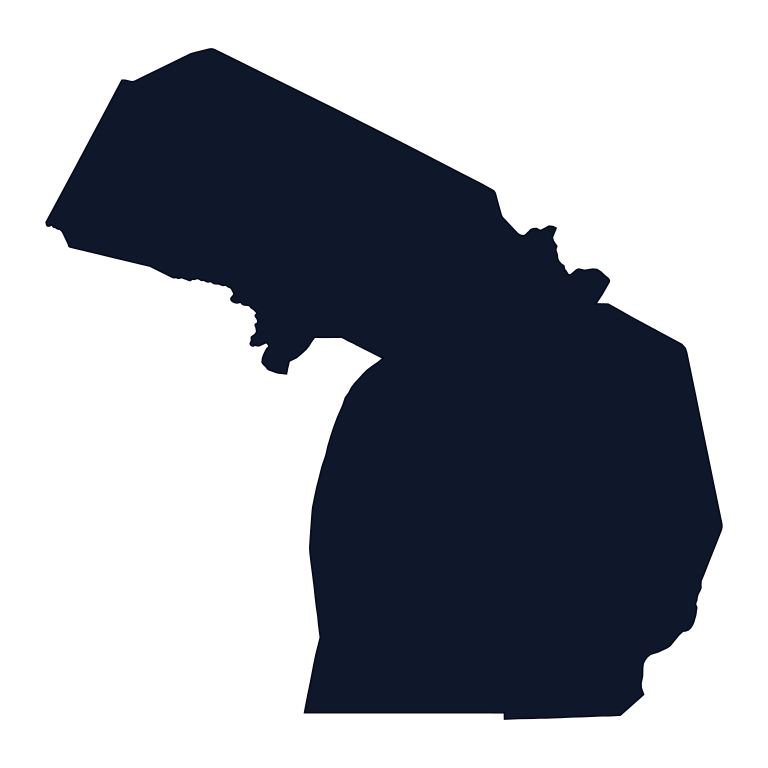 Michigan, Robinson projection
{"feature_id": "USA-3562", "entity_name": "Michigan", "entity_type": "State", "adm_level": 1, "iso_a3": "USA", "parent_name": "United States of America", "parent_adm1": "", "projection": "robinson", "projection_center": [-86.829, 45.001], "detail": "fine", "context": "isolated", "style": "filled", "palette": "ink", "viewbox_px": 768, "rotation_deg": 0, "n_neighbors": 0, "source": "natural_earth", "source_scale": "10m", "svg_char_len": 6040}
<svg xmlns="http://www.w3.org/2000/svg" viewBox="0 0 768 768"><path d="M121.9,80.2L124.9,80.2L130.9,81.6L132.8,81.7L134.6,81.3L142.3,77.5L154.4,71.6L179.6,59.3L190.9,53.8L196.0,52.4L209.7,49.0L212.2,48.9L214.5,49.6L229.5,57.0L259.5,71.9L274.5,79.3L289.5,86.7L304.5,94.1L319.6,101.6L334.6,109.0L343.1,113.3L351.5,117.5L359.9,121.8L368.3,126.0L376.8,130.3L402.1,143.1L412.2,148.3L432.4,158.7L452.6,169.2L462.7,174.4L472.9,179.6L483.0,184.8L484.3,185.6L485.6,186.3L486.9,187.0L488.3,187.8L489.6,188.5L490.9,189.2L492.2,190.0L493.5,190.7L494.8,192.3L495.6,194.4L497.1,200.2L498.7,206.0L501.2,214.9L502.3,217.3L508.8,224.2L517.4,233.3L519.3,234.7L521.3,235.5L523.7,235.7L525.3,235.1L526.4,234.2L527.4,233.0L528.8,231.8L530.8,229.6L533.5,228.7L536.5,228.5L540.4,230.6L545.5,228.1L549.0,226.1L553.1,226.6L556.1,228.1L552.3,237.5L553.3,240.9L554.8,243.4L556.8,246.1L556.2,248.1L555.7,249.5L556.1,251.4L556.8,253.2L557.4,255.9L557.4,257.3L557.6,258.5L558.5,260.9L561.0,263.9L563.9,265.9L564.5,269.5L564.9,269.8L566.0,271.0L567.6,273.8L568.6,274.8L570.0,275.0L571.3,274.4L576.0,270.3L577.3,269.5L578.7,269.1L580.4,269.4L584.6,270.4L592.8,269.1L597.0,269.5L600.9,272.0L605.6,276.4L607.0,277.4L608.5,278.8L609.4,280.4L609.2,281.8L605.7,288.0L602.1,294.3L595.7,303.9L608.1,304.1L618.4,309.8L631.5,317.3L646.3,325.3L681.8,344.4L685.2,348.2L686.6,352.3L695.4,394.9L699.7,416.3L704.1,437.8L708.5,459.2L712.9,480.7L721.7,523.6L721.9,524.7L721.9,527.2L721.3,529.9L718.8,536.3L716.3,542.7L711.2,555.4L708.7,561.7L703.7,574.5L701.1,580.8L700.8,584.3L701.0,587.8L699.7,591.0L697.9,594.3L697.0,597.9L696.8,599.9L695.7,602.9L695.5,604.6L696.5,606.7L696.7,607.4L696.7,608.5L696.3,610.4L695.8,614.7L693.7,622.1L692.5,624.8L690.6,627.8L688.5,629.8L685.8,630.9L682.8,631.2L678.7,635.1L670.2,645.5L667.5,647.5L658.4,651.8L650.4,654.3L647.1,657.0L644.7,660.3L643.2,663.6L642.7,667.7L642.5,676.3L641.0,683.4L641.3,688.1L643.6,694.5L620.3,715.2L608.6,715.8L601.5,715.8L594.4,716.1L588.0,716.4L580.8,716.7L574.2,716.8L567.0,717.1L560.0,717.5L553.0,717.7L546.3,718.0L539.2,718.0L532.2,718.3L525.3,718.4L518.2,718.5L504.5,719.1L504.4,712.8L498.8,712.8L485.9,712.7L472.9,712.7L466.5,712.7L460.0,712.7L447.1,712.7L440.7,712.7L434.2,712.7L421.3,712.7L408.4,712.7L395.4,712.7L389.0,712.7L382.5,712.7L376.1,712.7L369.6,712.7L363.2,712.7L343.8,712.7L330.9,712.7L318.0,712.7L311.5,712.7L305.0,712.7L304.5,712.7L305.9,705.3L307.9,695.0L310.5,682.4L312.5,672.0L314.3,662.7L316.3,653.2L320.3,637.5L318.6,624.1L317.9,616.4L316.4,606.0L315.3,596.6L314.3,586.9L312.7,574.1L311.1,561.9L310.0,552.0L309.8,547.3L310.4,537.6L311.1,527.5L312.0,515.0L312.6,507.9L314.8,496.9L316.9,487.1L319.6,476.7L322.0,466.9L325.9,455.5L327.9,446.6L330.9,436.4L334.2,426.5L337.4,417.8L342.8,405.5L345.4,397.7L349.0,392.7L351.7,387.5L355.2,382.9L360.0,377.8L363.1,374.3L367.1,370.3L373.2,365.7L378.1,362.4L383.2,358.1L380.3,356.8L377.7,355.5L375.3,354.3L372.7,352.9L369.9,351.5L367.3,350.2L364.6,348.9L359.4,346.2L356.7,344.9L354.1,343.4L351.4,342.1L348.3,340.7L343.1,337.8L341.4,337.2L328.4,337.3L319.5,337.3L314.6,337.2L311.4,341.6L308.6,346.1L305.9,349.4L302.2,352.8L296.7,357.5L289.2,361.2L287.5,368.5L286.5,373.9L282.2,373.4L277.7,372.9L273.3,371.4L268.7,369.7L267.3,368.7L267.2,368.3L266.7,367.6L265.9,366.6L264.0,364.9L262.8,363.5L262.2,362.5L262.1,361.8L262.5,358.6L262.8,357.3L264.4,353.3L266.5,349.2L267.1,348.4L268.4,347.2L268.8,346.5L268.8,346.0L268.7,345.5L268.2,344.6L267.5,343.7L267.0,343.1L266.5,342.8L266.0,342.7L265.4,342.9L259.4,345.7L258.9,345.8L258.2,345.8L257.5,345.8L255.7,345.3L255.0,345.3L254.5,345.4L253.5,345.9L252.9,346.0L252.1,345.9L250.9,345.1L250.4,344.5L250.2,343.9L250.3,343.3L251.2,341.1L251.4,340.4L251.5,339.6L251.3,338.4L251.3,337.5L251.5,336.9L251.9,336.6L254.6,334.8L255.0,334.4L255.3,334.0L256.0,333.1L256.4,332.1L256.6,331.5L256.6,331.2L256.6,330.5L256.0,327.4L255.2,325.3L255.3,324.4L255.7,324.0L256.2,323.9L256.8,323.6L257.2,323.3L257.5,322.7L257.7,321.9L257.7,320.6L257.5,319.8L257.3,319.2L255.9,317.2L255.3,316.1L255.3,315.4L255.5,314.9L256.3,314.2L256.7,313.9L256.9,313.3L256.9,313.0L256.8,312.7L256.3,312.1L255.2,311.0L254.2,309.9L253.4,309.2L251.4,308.0L251.0,307.6L250.1,306.4L249.7,306.0L249.3,305.7L248.8,305.4L248.1,305.3L244.6,305.0L243.3,304.7L242.7,304.4L242.3,304.1L241.9,303.7L241.0,302.6L240.7,302.4L240.4,302.3L239.9,302.3L238.2,302.8L237.0,302.9L236.3,302.9L234.9,302.6L233.7,302.1L232.5,301.5L231.9,301.0L231.1,300.0L230.9,299.3L230.9,298.6L231.1,298.1L231.4,297.6L233.2,295.5L233.5,295.0L233.8,294.5L233.9,293.6L233.6,292.8L231.5,288.7L230.9,288.1L230.2,287.6L228.9,287.2L228.4,286.9L226.3,285.5L225.7,285.2L225.0,285.2L223.8,285.4L223.1,285.4L222.4,285.3L221.1,284.9L219.7,284.2L219.0,284.0L218.3,283.9L215.5,283.8L214.1,283.6L213.6,283.4L211.6,282.0L210.9,281.6L210.1,281.5L208.5,281.9L207.8,281.9L207.0,281.8L204.2,280.4L203.6,280.2L203.0,280.3L202.5,280.4L201.8,280.4L201.0,280.2L199.7,279.3L198.8,278.9L198.0,278.6L197.3,278.5L196.7,278.6L196.2,278.7L195.1,279.2L194.6,279.4L193.9,279.3L193.4,279.2L192.7,279.1L192.2,279.2L190.4,280.5L189.7,280.5L188.8,280.3L186.0,279.1L184.2,278.6L183.0,278.0L182.1,277.7L181.4,277.7L180.8,277.7L179.1,278.3L178.4,278.3L177.6,278.2L177.0,277.7L176.4,277.5L175.9,277.5L174.7,277.7L174.0,277.7L173.0,277.6L166.2,274.2L156.7,269.5L151.9,267.1L150.2,266.2L147.3,265.5L146.5,265.3L140.3,263.9L135.5,262.7L123.4,259.8L116.6,258.2L102.5,254.8L95.6,253.1L89.2,251.6L83.5,250.2L78.7,249.1L75.0,248.2L71.7,247.4L69.5,246.8L69.0,246.4L68.8,245.9L68.2,243.8L64.8,236.7L62.7,232.2L61.7,231.0L60.7,229.9L59.9,229.4L59.1,229.2L58.3,229.1L57.4,228.8L56.7,228.4L55.9,227.7L55.2,227.5L53.6,227.2L53.2,226.7L52.4,225.3L51.8,225.0L51.3,225.1L49.9,225.8L49.2,226.0L48.6,226.1L47.7,226.0L47.1,225.6L46.8,225.2L46.5,224.2L46.1,222.3L46.9,220.8L49.2,216.5L51.6,212.1L60.9,194.8L65.5,186.2L72.5,173.2L77.1,164.6L79.4,160.2L84.0,151.6L86.4,147.1L88.8,142.6L93.5,133.7L100.7,120.3L103.0,115.9L105.4,111.4L107.8,106.9L110.1,102.5L112.5,98.0L117.2,89.1L119.6,84.6L121.9,80.2Z" fill="#0f172a" stroke="#020617" stroke-width="1.5"/></svg>